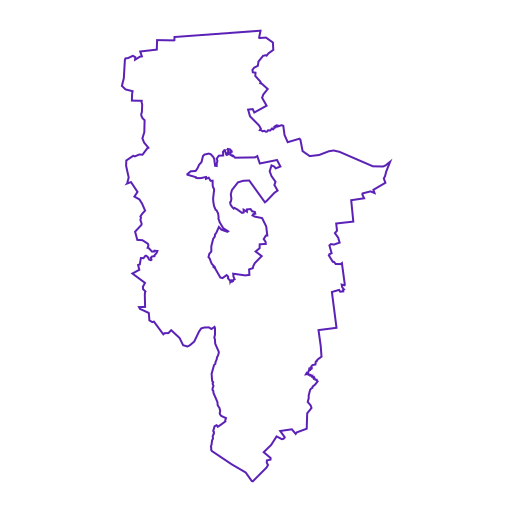 outline of Cieceres pag., Brocenu, Latvia
{"feature_id": "27541924B20812887451136", "entity_name": "Cieceres pag.", "entity_type": "district", "adm_level": 2, "iso_a3": "LVA", "parent_name": "Latvia", "parent_adm1": "Brocenu", "projection": "mercator", "projection_center": [22.572, 56.663], "detail": "fine", "context": "isolated", "style": "outline", "palette": "violet", "viewbox_px": 512, "rotation_deg": 0, "n_neighbors": 0, "source": "geoboundaries", "source_scale": "gbopen_adm2", "svg_char_len": 6084}
<svg xmlns="http://www.w3.org/2000/svg" viewBox="0 0 512 512"><path d="M125.5,58.4L124.9,59.8L123.8,78.3L121.9,85.9L125.5,89.4L132.6,91.2L132.1,93.8L131.9,100.6L141.7,100.8L141.6,102.3L142.2,104.6L141.9,112.0L141.2,114.2L141.4,115.8L142.5,118.2L144.6,120.2L144.3,132.2L142.4,138.4L144.1,142.6L148.4,147.8L147.0,148.7L142.5,154.7L139.3,154.5L134.8,156.4L133.2,155.8L126.3,160.5L126.1,165.8L128.7,177.5L127.5,182.0L127.8,182.5L127.1,183.5L131.0,182.1L137.5,191.9L134.4,196.6L139.4,199.4L142.1,203.7L145.1,210.6L142.0,214.0L140.4,216.5L141.0,217.5L140.4,220.0L141.6,223.6L141.5,224.8L135.1,231.7L137.3,239.9L142.4,240.2L147.4,243.4L148.1,244.1L148.4,245.7L147.6,247.8L148.7,248.1L152.0,251.6L154.2,251.5L154.4,250.7L157.4,251.0L156.8,252.6L154.2,255.8L154.3,256.2L152.0,256.5L150.9,257.6L151.5,259.7L150.9,260.2L149.2,259.6L148.4,258.4L148.4,257.7L146.4,255.8L145.4,255.8L143.5,258.2L140.9,258.0L139.8,264.4L138.1,265.0L139.3,269.8L132.4,273.5L145.0,282.9L142.9,286.7L143.1,289.2L145.4,291.4L145.1,291.8L144.8,294.8L145.1,306.9L139.0,307.1L140.0,308.9L148.8,313.0L149.4,320.4L152.3,322.1L153.9,321.6L163.3,334.3L164.5,333.2L168.4,333.1L171.2,330.2L179.6,338.0L183.1,345.2L187.4,346.5L189.7,345.4L194.2,341.6L199.0,331.6L201.2,328.4L204.4,327.5L208.9,327.4L211.5,329.0L214.5,326.9L215.0,328.2L215.0,334.8L214.3,337.5L214.9,339.2L215.2,343.7L218.7,351.6L218.8,352.8L218.0,355.6L216.9,357.5L216.8,359.0L215.5,362.1L215.4,363.7L214.0,365.2L211.6,373.8L212.1,380.5L212.4,381.5L213.2,382.2L212.6,383.8L213.5,385.9L212.6,388.2L212.5,390.0L213.3,390.9L213.5,393.0L217.4,402.0L217.7,405.3L219.5,408.1L220.2,411.2L219.7,413.2L220.1,414.5L221.2,415.9L226.0,418.1L225.2,420.5L225.4,421.4L220.9,424.7L217.8,426.8L216.6,425.2L214.6,426.2L213.2,431.0L214.0,432.1L213.6,433.7L213.8,433.8L212.7,436.1L213.0,438.6L212.1,440.3L211.5,444.8L210.9,446.6L211.3,448.1L211.1,449.7L211.8,451.0L231.8,464.4L245.7,472.5L251.8,481.1L252.8,481.3L266.6,467.5L268.0,465.0L266.8,462.8L266.9,460.4L270.5,459.6L270.6,458.0L263.7,452.2L271.1,445.0L276.6,436.4L281.9,439.2L283.5,438.8L284.6,437.7L284.7,437.2L280.2,431.0L291.8,429.3L295.7,433.9L296.7,432.4L306.7,428.7L307.2,413.3L311.5,408.0L310.7,405.5L307.7,401.9L308.7,398.3L308.7,395.3L310.1,390.0L310.8,388.9L312.4,387.8L312.6,386.6L315.1,384.6L317.6,381.4L316.5,380.3L316.6,379.8L315.3,379.7L314.2,377.5L313.6,378.4L313.2,377.7L313.4,377.0L312.2,376.8L312.3,376.1L311.7,376.4L311.4,375.5L310.3,375.6L310.3,374.9L309.0,374.8L308.7,374.2L308.2,374.6L307.6,374.0L305.9,374.3L306.8,372.7L307.5,372.8L308.5,371.7L308.9,370.2L309.8,370.1L309.5,369.1L310.3,369.4L311.7,368.6L311.8,368.0L310.8,367.4L311.3,367.1L311.7,365.8L312.8,365.0L315.4,364.5L315.8,361.5L316.7,361.3L317.0,360.3L318.4,358.9L321.5,356.7L320.7,345.8L318.5,330.1L336.5,327.8L331.9,292.0L339.1,289.9L340.2,291.7L343.2,291.4L342.9,290.2L344.0,289.5L342.2,287.3L341.7,284.6L344.5,285.3L344.8,284.6L341.9,263.1L340.7,264.1L335.7,264.0L334.0,261.9L332.8,261.8L328.9,255.5L329.3,255.2L329.3,254.3L331.6,253.2L329.4,245.4L330.9,244.1L333.9,244.6L339.6,242.6L338.2,237.7L334.9,233.1L337.0,230.7L336.2,223.5L353.3,221.6L351.2,200.2L364.1,198.3L362.3,194.4L362.6,193.4L370.5,191.4L374.5,193.0L373.4,189.8L385.4,182.8L383.8,178.5L385.1,176.0L386.2,171.6L390.1,161.8L385.6,165.4L383.1,166.5L372.9,166.3L339.4,151.8L333.7,150.5L329.0,151.2L319.1,155.0L309.7,156.1L302.6,151.1L300.4,139.7L299.5,138.7L287.7,142.2L284.5,134.9L283.3,125.8L281.6,125.2L277.5,126.6L276.7,125.9L277.1,125.4L276.6,125.3L275.4,126.0L275.5,126.7L274.7,126.8L275.2,127.5L274.3,127.8L273.3,129.3L272.2,129.2L272.4,128.5L272.1,128.4L270.0,130.6L268.2,130.2L267.1,131.5L266.0,131.8L264.2,130.8L262.6,131.3L261.1,130.2L259.9,130.1L260.8,128.6L259.0,125.4L250.0,116.3L248.1,109.6L252.7,109.1L254.3,112.5L266.6,105.7L262.1,97.8L263.3,94.5L267.7,89.0L262.0,83.9L260.3,83.2L260.8,82.5L260.1,81.3L255.3,76.0L255.5,72.7L252.8,72.3L252.4,69.9L254.1,67.7L257.8,65.8L258.5,61.5L263.0,55.9L265.5,55.2L266.6,55.7L268.4,53.4L273.3,49.9L272.9,42.5L266.0,37.6L259.3,38.0L259.1,37.6L260.5,30.7L174.5,37.0L174.4,40.2L174.0,40.4L157.1,40.1L156.8,49.6L140.2,51.5L141.9,56.4L139.9,56.7L135.1,59.7L135.3,57.2L132.9,55.8L128.0,58.1L125.5,58.4ZM212.7,185.7L212.6,180.7L210.6,180.8L208.7,177.7L206.0,178.8L206.0,177.0L200.9,178.1L197.1,178.1L196.1,177.9L195.9,177.2L187.4,174.7L187.3,174.2L190.7,171.3L195.6,171.0L197.6,168.1L199.1,164.7L201.5,162.1L203.0,156.0L204.4,154.6L208.7,153.6L210.7,154.2L213.3,157.0L214.2,158.9L215.1,165.8L216.7,166.0L216.7,163.7L217.4,160.9L216.7,158.7L218.8,155.7L223.2,155.5L223.0,151.9L224.4,150.1L224.9,150.1L225.6,152.8L226.3,153.2L226.0,153.8L226.2,154.4L226.8,155.0L228.3,154.2L227.7,152.9L228.5,150.5L227.4,149.5L227.8,148.9L230.0,149.4L231.7,151.2L231.7,151.9L229.6,152.3L230.7,154.1L230.4,154.8L232.5,156.1L232.9,155.5L235.1,157.7L255.0,157.4L257.3,156.1L259.8,163.5L277.0,160.0L280.4,166.5L275.7,168.4L274.3,166.6L271.5,165.4L269.7,171.3L271.5,176.1L275.5,181.8L274.4,185.0L277.6,190.6L274.4,192.8L266.7,200.9L264.9,202.3L249.2,180.5L243.1,180.8L237.9,182.4L231.9,190.1L230.8,194.2L231.4,198.8L230.9,201.5L230.1,202.2L230.6,204.8L232.3,207.2L233.7,208.6L234.4,207.9L237.2,209.4L242.0,212.9L243.7,212.5L243.6,209.7L246.9,211.7L246.9,209.4L250.6,209.1L252.1,211.3L254.8,211.9L255.3,213.7L253.3,214.1L252.5,215.4L254.7,216.6L262.1,218.1L266.2,226.4L267.3,235.5L265.9,235.5L263.7,239.1L265.5,241.6L265.8,243.9L259.7,244.3L259.6,248.2L255.6,251.5L261.7,256.1L254.8,263.1L253.3,266.0L252.8,268.2L249.1,269.4L249.4,274.9L245.2,275.4L233.2,273.7L233.5,276.7L234.6,279.3L233.1,280.0L233.0,281.1L232.0,281.7L231.2,280.5L230.3,282.0L230.2,280.8L227.9,278.2L228.2,277.1L228.0,276.5L226.6,275.1L222.5,278.1L220.3,277.5L215.1,268.4L213.8,267.2L214.6,266.9L211.6,263.6L209.7,258.6L208.5,257.1L209.3,253.8L211.3,251.6L211.3,246.2L213.2,238.8L214.9,236.4L214.9,234.7L216.3,232.8L218.9,227.0L221.4,229.7L227.4,231.8L228.1,231.3L223.2,228.2L219.8,222.5L218.4,218.5L218.6,217.0L218.1,213.5L216.6,210.4L215.6,209.8L214.0,205.9L213.3,201.6L213.1,198.3L214.1,190.1L213.8,188.3L213.2,187.6L212.7,185.7Z" fill="none" stroke="#5b21b6" stroke-width="2"/></svg>